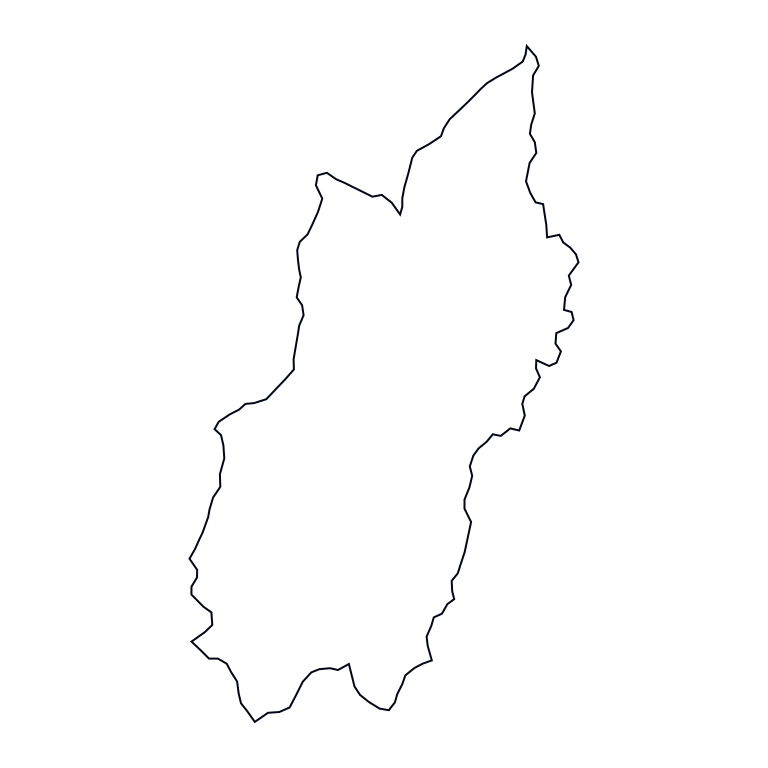 Itaguaru, Goiás, Brazil
{"feature_id": "56859067B43466289017785", "entity_name": "Itaguaru", "entity_type": "district", "adm_level": 2, "iso_a3": "BRA", "parent_name": "Brazil", "parent_adm1": "Goiás", "projection": "mercator", "projection_center": [-49.61, -15.762], "detail": "fine", "context": "isolated", "style": "outline", "palette": "ink", "viewbox_px": 768, "rotation_deg": 0, "n_neighbors": 0, "source": "geoboundaries", "source_scale": "gbopen_adm2", "svg_char_len": 2263}
<svg xmlns="http://www.w3.org/2000/svg" viewBox="0 0 768 768"><path d="M209.0,658.6L217.9,658.6L226.7,663.7L231.0,671.9L237.1,681.5L238.7,693.7L241.0,703.3L247.1,711.0L254.8,721.9L268.0,712.8L279.3,712.0L289.6,707.5L296.4,694.5L302.8,681.7L311.3,672.4L319.2,669.2L330.0,668.2L338.0,670.0L348.9,664.0L354.5,686.5L360.1,695.0L368.9,702.0L379.6,708.6L388.8,710.2L394.9,702.4L397.3,694.0L402.3,684.1L405.4,675.3L414.6,667.9L422.6,663.7L431.8,660.4L427.7,645.8L426.6,636.6L431.3,625.9L433.8,617.4L441.9,613.7L447.4,604.1L454.2,599.1L452.2,591.3L451.7,580.9L457.8,573.3L460.3,565.3L464.7,552.0L467.8,537.4L471.1,522.0L464.5,508.7L464.5,499.6L469.4,487.5L472.2,475.8L469.8,466.4L473.4,455.5L478.6,448.4L486.7,441.7L492.8,434.3L500.8,435.9L510.3,428.4L519.2,430.5L524.8,415.6L522.3,403.9L524.6,396.3L533.8,388.8L539.9,377.3L536.0,368.4L536.3,360.1L549.1,366.0L556.5,362.7L560.9,351.4L555.5,343.6L556.3,333.1L568.0,328.0L573.6,320.2L571.6,312.0L564.0,309.9L565.2,297.2L571.2,284.9L568.8,275.6L578.5,262.3L576.0,254.4L570.4,247.8L563.2,242.4L559.3,234.8L547.1,237.4L546.3,224.9L544.8,215.3L543.1,204.1L535.6,202.4L530.3,193.0L526.0,181.3L529.6,163.0L536.3,152.9L534.8,142.2L529.9,133.8L531.2,124.7L534.8,113.4L532.0,92.3L533.1,75.4L538.8,65.9L536.0,56.8L526.8,46.1L525.6,54.3L522.8,61.5L512.3,68.9L496.2,77.5L487.2,83.0L480.8,88.9L471.9,98.0L465.0,104.8L459.4,110.1L449.7,119.2L443.8,128.4L441.0,136.2L429.0,144.2L416.9,150.8L412.3,157.6L408.2,173.8L404.4,187.1L402.3,198.3L402.3,206.9L400.1,214.5L391.8,202.8L381.8,194.9L372.4,196.7L363.2,192.1L352.8,187.0L345.3,183.2L336.1,179.2L326.9,172.8L317.7,175.3L315.9,185.3L322.3,198.6L318.0,211.9L312.0,225.2L307.5,234.5L299.7,241.9L297.2,250.2L298.0,260.2L299.2,269.8L300.8,277.4L298.8,286.2L296.7,297.4L302.1,305.2L303.6,315.2L299.2,325.6L298.0,333.5L295.5,348.1L293.6,359.3L293.9,369.4L285.7,378.8L277.2,387.7L266.3,399.2L254.0,403.1L245.5,403.9L239.1,409.6L229.9,414.3L218.7,421.8L214.6,429.2L221.0,435.1L223.4,445.4L224.3,458.4L219.9,474.2L220.3,486.8L213.1,497.5L209.5,509.5L208.2,517.0L202.6,532.6L198.7,540.8L195.0,549.1L189.5,558.7L197.2,569.9L197.0,577.5L191.5,586.6L191.4,594.5L203.4,606.7L211.4,612.4L212.3,624.9L205.0,632.0L191.5,641.6L200.8,650.4L209.0,658.6Z" fill="none" stroke="#020617" stroke-width="2"/></svg>